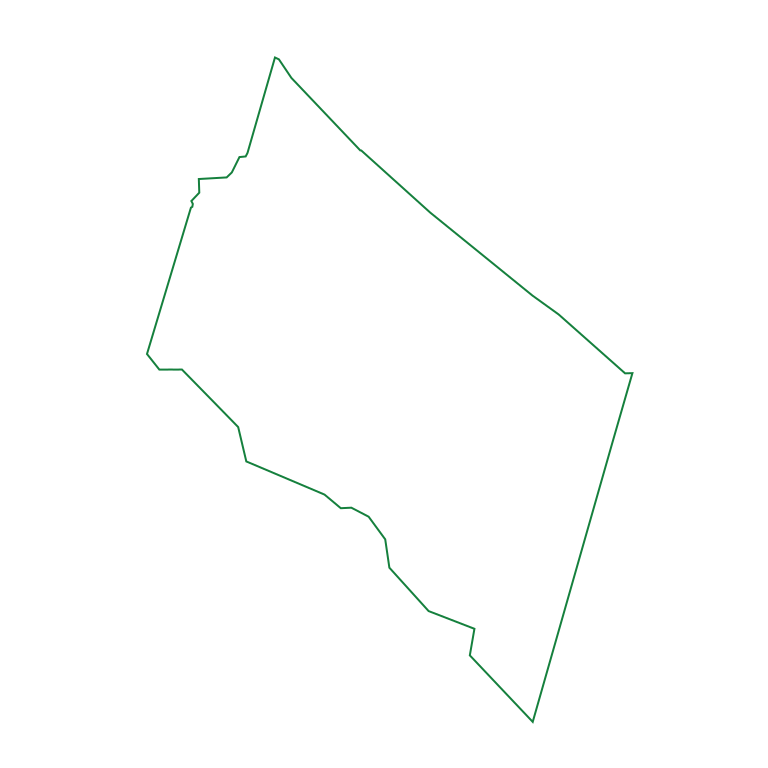 Cambria, Pennsylvania, United States of America, rotated 106°
{"feature_id": "52423323B19514206676815", "entity_name": "Cambria", "entity_type": "district", "adm_level": 2, "iso_a3": "USA", "parent_name": "United States of America", "parent_adm1": "Pennsylvania", "projection": "robinson", "projection_center": [-78.751, 40.484], "detail": "fine", "context": "isolated", "style": "outline", "palette": "green", "viewbox_px": 768, "rotation_deg": 106, "n_neighbors": 0, "source": "geoboundaries", "source_scale": "gbopen_adm2", "svg_char_len": 670}
<svg xmlns="http://www.w3.org/2000/svg" viewBox="0 0 768 768"><g transform="rotate(106 384 384)"><path d="M100.2,578.8L199.5,578.9L203.4,579.7L205.7,585.5L222.6,588.6L228.8,592.2L238.0,618.5L251.0,614.3L261.2,619.6L263.6,617.4L266.5,617.1L267.7,618.2L275.0,618.3L420.5,620.1L432.1,603.9L428.9,593.0L427.7,588.7L425.8,582.2L451.1,537.7L465.6,512.3L496.4,495.0L506.7,410.7L515.3,391.3L511.9,381.3L515.8,362.2L533.0,340.0L559.1,328.2L590.0,278.5L594.4,229.6L621.2,226.7L667.8,147.9L376.6,148.3L305.1,148.2L307.3,155.2L269.0,235.3L258.1,265.6L206.5,386.8L165.8,470.2L166.0,471.2L115.3,557.4L100.9,574.5L100.2,578.8Z" fill="none" stroke="#15803d" stroke-width="2"/></g></svg>